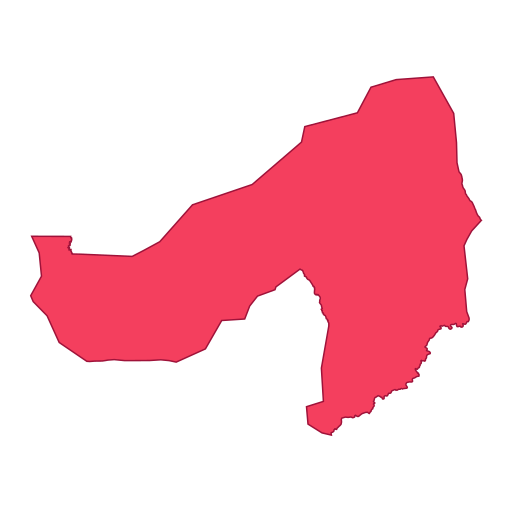 the district of Xerlen, Hentiy, Mongolia
{"feature_id": "93677404B8842524525431", "entity_name": "Xerlen", "entity_type": "district", "adm_level": 2, "iso_a3": "MNG", "parent_name": "Mongolia", "parent_adm1": "Hentiy", "projection": "orthographic", "projection_center": [110.645, 47.634], "detail": "fine", "context": "isolated", "style": "filled", "palette": "rose", "viewbox_px": 512, "rotation_deg": 0, "n_neighbors": 0, "source": "geoboundaries", "source_scale": "gbopen_adm2", "svg_char_len": 5987}
<svg xmlns="http://www.w3.org/2000/svg" viewBox="0 0 512 512"><path d="M433.3,76.9L396.2,79.6L371.0,87.2L357.4,112.8L304.8,126.6L301.5,142.1L252.2,184.5L192.5,204.8L159.8,241.7L144.0,250.3L132.2,256.4L81.1,254.2L72.2,254.0L72.2,253.4L71.8,253.3L71.7,253.1L71.7,252.4L71.3,251.9L71.3,251.2L70.7,250.9L70.6,250.6L70.7,250.1L71.0,249.7L70.9,249.4L70.5,249.4L69.9,249.6L69.8,249.4L69.6,249.3L69.4,249.9L69.1,250.0L69.0,249.8L69.0,248.9L68.9,248.4L69.3,248.3L69.4,248.1L69.4,247.5L68.9,247.3L68.5,247.9L68.3,247.9L68.0,247.6L68.6,246.8L68.6,245.9L69.6,245.7L70.0,245.5L69.9,245.2L69.3,245.2L69.7,244.8L69.7,244.6L69.6,244.3L70.0,244.4L70.2,244.2L70.3,244.0L70.1,243.0L69.7,242.7L70.1,242.4L70.2,242.2L70.0,241.8L71.2,241.9L71.3,241.7L71.1,241.2L71.1,240.9L71.8,239.9L71.6,239.5L71.7,238.2L71.6,237.9L71.3,237.7L70.8,237.7L70.7,237.2L70.5,236.8L70.6,236.4L31.7,236.3L39.2,252.9L41.5,276.2L30.7,295.7L33.2,301.6L47.1,315.8L59.2,342.5L86.8,361.3L89.8,361.5L94.5,361.1L102.2,361.0L105.6,360.5L107.7,360.1L114.2,359.6L124.7,360.6L131.6,360.6L149.7,360.5L160.8,359.8L169.1,360.6L176.2,362.1L205.4,348.9L221.7,320.5L244.7,319.0L249.7,306.0L257.5,296.1L275.0,289.7L275.9,286.9L300.0,269.1L301.2,269.9L302.4,270.3L302.9,271.0L303.0,271.6L303.3,272.1L303.5,273.1L304.7,274.9L304.6,275.3L304.4,275.8L304.5,276.1L306.2,276.9L306.6,277.5L306.7,278.0L307.6,279.2L309.6,280.3L312.5,284.8L313.0,285.9L313.0,286.1L313.7,286.3L314.1,286.6L314.1,287.4L314.6,287.7L314.5,288.6L314.8,289.1L314.6,289.5L314.4,292.5L314.5,293.4L314.7,293.8L315.6,294.7L316.4,294.4L316.8,294.4L317.1,295.1L317.7,294.7L317.9,294.6L318.1,294.6L319.6,296.4L320.2,297.4L320.3,298.3L320.2,299.1L319.7,300.2L319.8,301.3L319.5,302.3L319.7,302.9L321.4,305.2L321.5,306.1L321.8,307.3L322.2,308.5L321.3,309.2L321.6,309.5L321.8,310.5L322.0,310.5L322.3,310.6L322.2,311.2L322.5,312.8L323.4,313.1L323.5,313.3L323.3,314.0L323.6,314.3L324.0,314.9L324.4,315.2L324.9,315.3L325.4,315.8L326.0,317.3L326.2,318.5L326.3,318.7L326.8,318.9L327.4,319.6L327.5,320.3L328.0,320.4L327.9,321.5L328.8,323.1L328.8,326.0L321.4,368.1L323.4,401.4L306.5,406.7L308.0,424.1L322.0,432.9L331.4,435.1L331.1,433.3L331.1,432.9L331.3,432.7L332.1,432.3L332.6,432.2L333.3,431.7L333.8,431.2L334.1,429.7L334.7,429.3L334.9,428.8L335.3,428.8L336.0,429.4L336.6,429.4L337.0,428.4L337.6,427.7L338.1,427.3L339.0,426.3L339.7,425.8L340.9,424.5L341.1,424.1L341.5,422.2L341.5,421.4L341.3,419.5L341.6,418.6L341.9,418.1L345.0,417.2L345.5,417.1L348.1,417.4L351.0,417.0L352.5,417.7L353.3,417.6L354.5,417.1L354.8,416.6L354.8,415.9L354.9,415.6L355.4,415.3L355.6,415.3L357.2,416.4L358.1,416.5L358.7,416.3L361.5,414.0L362.4,413.5L365.6,412.4L367.3,412.3L367.7,412.4L369.0,413.4L369.3,413.5L369.4,413.4L369.7,412.8L370.1,412.2L370.5,411.8L371.0,411.4L371.2,410.4L371.6,409.7L372.0,409.2L372.6,408.9L372.8,408.7L372.8,407.7L374.1,406.0L374.1,405.1L373.8,404.3L373.5,404.0L373.6,403.8L374.8,403.1L374.8,402.9L373.5,401.6L373.5,401.3L374.0,400.6L374.6,398.1L375.0,397.6L375.4,397.3L376.1,397.1L376.9,396.5L378.1,395.7L380.0,396.4L380.5,397.0L381.7,397.3L381.9,397.5L382.2,398.3L382.4,398.7L382.7,399.0L383.6,399.0L383.9,398.7L384.1,398.4L384.1,397.9L384.1,396.6L384.3,396.2L385.3,395.7L386.8,396.0L387.2,395.8L387.5,395.6L388.5,393.5L388.7,393.3L389.4,393.3L390.6,393.1L390.9,392.7L391.3,392.1L391.4,391.5L391.6,391.1L392.4,390.6L394.8,389.6L395.2,389.6L396.0,390.3L396.3,390.2L396.8,390.0L397.4,390.1L398.5,389.3L400.3,389.2L400.8,388.7L401.3,388.5L401.7,388.6L402.4,389.0L403.4,388.6L406.8,388.2L407.0,388.0L407.2,387.7L407.3,387.2L406.0,385.1L405.9,384.5L406.0,383.8L406.6,382.7L407.2,382.4L409.4,381.9L411.4,382.0L412.0,381.9L412.4,381.5L412.6,381.2L412.3,379.6L412.4,379.2L412.6,378.6L413.5,378.2L414.6,377.9L416.5,376.7L417.3,376.4L418.8,376.2L419.0,376.0L419.0,375.4L419.1,374.8L419.0,374.6L418.8,374.5L418.6,374.1L418.5,373.3L418.3,373.1L417.9,373.4L417.7,373.3L417.2,372.3L415.7,370.4L415.3,369.2L415.3,368.9L415.4,368.7L415.8,368.6L416.8,369.2L417.4,369.2L417.7,368.8L418.1,368.1L419.1,367.6L419.4,367.2L419.4,366.4L420.1,365.5L420.1,364.3L421.1,363.5L421.2,363.1L421.3,362.8L421.3,362.2L421.0,361.0L421.0,360.7L421.6,360.4L422.2,360.8L422.9,360.9L423.7,360.7L424.0,360.7L424.4,361.1L425.1,360.9L425.3,360.7L425.5,360.0L425.6,359.0L426.3,358.1L426.5,357.6L426.5,356.8L426.7,355.7L427.0,355.1L427.7,354.6L428.6,354.1L429.9,353.8L430.2,353.5L430.3,352.9L429.7,351.9L429.1,351.5L426.6,350.6L426.6,350.4L427.2,349.3L427.2,348.8L426.9,348.3L425.2,347.3L425.0,346.9L425.5,346.3L426.6,345.4L426.9,344.9L427.5,342.5L429.3,339.9L429.6,338.5L430.2,338.2L431.7,338.0L433.2,336.8L434.3,335.3L434.7,334.8L435.8,332.8L436.5,332.4L437.6,331.2L437.7,330.5L438.1,329.8L438.8,329.4L440.8,328.9L441.1,328.4L441.0,327.6L440.0,326.7L439.9,326.4L440.0,326.2L441.1,325.7L442.0,326.1L442.5,326.1L443.5,325.6L444.6,325.4L445.3,326.2L445.7,326.4L447.2,326.4L447.8,326.5L448.4,327.0L448.8,328.1L449.2,328.6L449.7,329.0L450.3,329.2L450.9,329.0L451.7,328.5L452.0,327.6L451.8,327.2L450.7,326.2L450.5,325.7L450.5,325.3L450.8,324.8L451.9,324.4L453.4,324.5L454.1,324.3L455.2,323.6L455.8,323.4L456.3,323.7L456.6,325.6L457.0,326.5L457.7,326.7L460.0,326.2L460.3,326.3L461.0,327.1L462.0,327.1L462.6,326.8L462.9,326.4L463.2,326.0L463.1,325.3L462.7,323.8L462.8,323.7L463.1,323.7L464.2,324.1L465.1,324.2L465.6,324.1L466.5,322.8L466.9,321.9L467.2,321.6L468.3,321.6L469.1,319.9L469.1,318.1L466.7,311.6L464.8,289.5L467.7,278.8L464.0,245.8L466.9,239.4L471.7,230.9L481.3,220.4L481.1,220.3L480.9,219.8L480.4,219.2L480.1,218.7L479.7,217.5L479.5,217.2L478.3,216.1L477.4,214.7L476.4,212.5L475.5,209.7L474.9,208.7L474.2,206.7L472.2,202.4L471.4,201.5L470.2,200.8L469.8,200.4L468.9,198.6L466.8,195.8L466.4,194.7L465.6,193.8L465.4,193.0L465.2,191.3L465.0,190.6L464.5,189.7L463.1,187.7L462.8,186.9L462.4,185.2L461.9,183.9L461.9,183.4L462.4,180.6L462.4,179.7L462.2,179.2L462.2,178.4L462.0,177.9L461.9,177.0L461.3,174.9L460.9,174.1L459.0,171.8L457.0,162.7L456.5,142.7L453.7,113.4L433.3,76.9Z" fill="#f43f5e" stroke="#9f1239" stroke-width="1.5"/></svg>